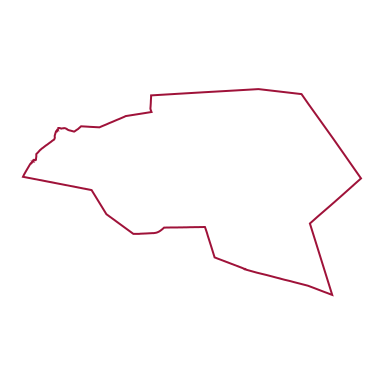 Tydal nor, Sør-Trøndelag, Norway (Natural Earth projection)
{"feature_id": "86288312B83613644252663", "entity_name": "Tydal nor", "entity_type": "district", "adm_level": 2, "iso_a3": "NOR", "parent_name": "Norway", "parent_adm1": "Sør-Trøndelag", "projection": "natural_earth1", "projection_center": [11.479, 62.971], "detail": "fine", "context": "isolated", "style": "outline", "palette": "rose", "viewbox_px": 384, "rotation_deg": 0, "n_neighbors": 0, "source": "geoboundaries", "source_scale": "gbopen_adm2", "svg_char_len": 3240}
<svg xmlns="http://www.w3.org/2000/svg" viewBox="0 0 384 384"><path d="M301.5,94.1L258.5,89.1L231.2,90.7L204.9,92.2L177.8,93.8L151.1,95.4L151.1,96.8L151.0,98.7L150.9,100.3L150.8,102.9L150.7,104.5L150.6,106.1L150.4,108.6L150.7,109.9L151.5,112.0L144.7,113.1L132.6,115.0L125.6,116.1L124.5,116.7L119.4,118.9L116.9,119.9L112.5,121.8L109.3,123.1L106.4,124.4L102.5,126.0L99.5,127.3L98.9,127.3L89.4,126.8L88.1,126.7L81.1,126.3L79.5,127.7L78.5,128.6L78.3,128.8L78.1,129.0L77.4,129.4L76.1,130.3L75.9,130.4L75.0,131.1L74.1,131.6L70.1,130.5L69.9,130.5L68.8,130.2L67.7,129.7L67.3,129.5L67.2,129.4L67.1,129.2L66.9,129.1L66.7,129.0L66.5,128.8L66.2,128.7L65.5,128.4L64.9,128.2L64.4,128.1L64.1,128.1L63.9,128.1L63.6,128.2L63.4,128.3L63.1,128.3L62.0,128.4L61.5,128.5L61.3,128.6L61.1,128.5L60.9,128.5L60.0,128.1L59.7,128.1L59.4,128.0L59.2,128.0L58.9,128.0L58.5,128.0L58.4,128.0L58.4,128.3L58.4,128.5L58.3,128.8L58.2,128.9L58.1,129.0L57.8,129.4L57.8,129.5L57.7,129.5L57.5,129.8L57.4,129.8L57.4,130.0L57.2,130.2L57.3,130.3L57.2,130.3L57.2,130.5L57.0,130.8L56.9,131.0L56.9,131.3L56.7,131.3L56.7,131.5L56.4,131.7L56.2,131.8L55.9,131.7L55.3,133.6L55.0,134.8L54.8,135.3L54.7,135.8L54.7,136.6L54.8,137.2L54.8,137.8L54.7,138.0L54.6,138.5L54.4,138.9L54.2,139.5L53.7,139.8L52.7,140.5L51.7,141.2L51.3,141.6L48.8,143.4L47.9,144.1L47.1,144.7L46.1,145.3L45.7,145.7L45.3,145.9L44.6,146.5L43.9,147.0L43.3,147.5L43.1,147.7L42.9,147.8L42.3,148.2L41.4,148.9L40.7,149.6L39.9,150.2L39.8,150.4L39.4,150.8L38.2,152.2L36.3,154.1L36.3,156.6L36.0,158.7L36.0,158.8L36.0,159.0L36.0,159.3L36.0,159.5L35.9,159.8L35.8,160.0L35.7,160.1L35.2,160.0L35.0,159.9L34.9,159.9L34.7,159.9L34.4,159.9L34.2,159.9L34.2,160.0L33.9,159.9L33.8,160.0L33.7,160.0L33.4,160.2L33.4,160.3L33.2,160.3L33.1,160.5L33.0,160.8L33.1,161.0L33.2,161.3L32.9,161.4L32.8,161.5L32.7,161.5L32.8,161.6L32.7,161.6L32.4,161.8L32.3,162.0L32.2,162.1L32.0,162.3L31.9,162.4L31.9,162.5L31.7,162.5L31.4,162.7L31.3,162.9L31.1,163.0L31.0,163.6L30.8,163.7L30.4,163.8L30.3,164.0L30.1,164.2L26.2,170.8L24.4,174.0L24.2,174.3L23.0,176.8L58.2,183.6L91.6,190.1L106.4,214.2L118.6,223.1L133.4,233.9L135.9,233.9L138.7,233.9L140.7,233.7L145.5,233.5L149.3,233.3L152.9,233.1L153.9,233.1L154.5,233.0L155.1,232.9L155.9,232.8L157.5,232.3L158.1,232.0L158.8,231.7L159.6,231.2L160.4,230.7L162.2,229.3L164.1,227.6L169.8,227.5L182.4,227.4L184.5,227.3L187.3,227.3L190.3,227.2L192.5,227.2L195.9,227.1L199.2,227.1L204.9,227.0L205.2,227.7L206.0,230.0L207.0,233.0L207.8,235.8L208.9,239.2L210.0,242.7L211.4,247.1L212.7,251.3L214.6,257.4L216.7,258.2L216.9,258.3L231.1,263.7L243.4,268.4L243.6,268.4L243.4,268.4L243.4,268.5L243.5,268.6L243.8,268.6L243.9,268.8L244.0,268.8L244.3,268.9L244.5,269.0L244.8,269.0L245.0,269.1L245.3,269.2L245.2,269.2L245.3,269.2L245.2,269.2L245.2,269.3L245.3,269.3L245.6,269.3L245.7,269.2L245.8,269.3L245.7,269.3L245.8,269.3L245.7,269.3L245.7,269.5L246.2,269.7L250.9,271.0L257.0,272.7L266.9,275.1L284.7,279.8L290.3,281.1L293.9,282.1L297.8,283.1L307.9,285.7L308.7,286.0L314.3,288.1L318.2,289.6L324.7,292.1L327.2,293.0L330.0,294.1L332.2,294.9L316.1,243.3L309.9,223.5L317.9,216.4L331.3,204.8L344.0,193.6L361.0,178.4L354.2,168.7L343.6,153.5L333.3,138.8L318.8,118.5L308.7,104.4L301.5,94.1Z" fill="none" stroke="#9f1239" stroke-width="2"/></svg>